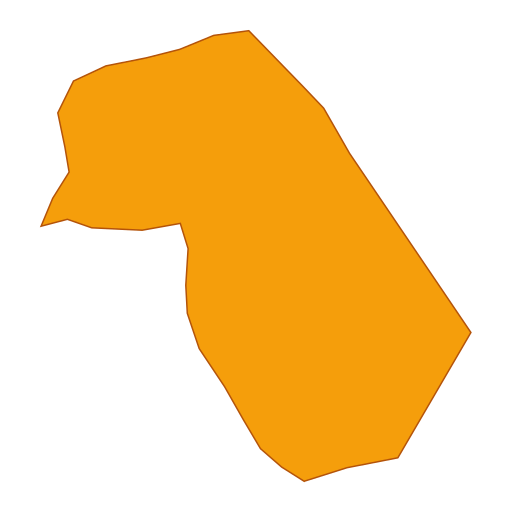 Kouh Est, Logone Oriental, Chad (Albers equal-area conic projection)
{"feature_id": "50815135B98764858098702", "entity_name": "Kouh Est", "entity_type": "district", "adm_level": 2, "iso_a3": "TCD", "parent_name": "Chad", "parent_adm1": "Logone Oriental", "projection": "albers", "projection_center": [17.009, 8.381], "detail": "fine", "context": "isolated", "style": "filled", "palette": "amber", "viewbox_px": 512, "rotation_deg": 0, "n_neighbors": 0, "source": "geoboundaries", "source_scale": "gbopen_adm2", "svg_char_len": 535}
<svg xmlns="http://www.w3.org/2000/svg" viewBox="0 0 512 512"><path d="M73.5,81.0L57.8,112.9L64.9,147.0L69.1,172.1L52.7,198.3L41.1,226.2L67.4,219.3L91.7,227.8L142.2,230.2L180.3,223.4L188.1,248.6L185.8,285.3L187.3,313.3L199.2,348.6L224.6,386.7L243.3,419.6L260.5,448.7L281.7,467.1L304.2,481.3L304.3,481.2L347.0,467.7L397.8,457.8L397.9,457.7L428.4,405.4L470.9,332.5L349.5,153.3L336.3,130.2L323.7,108.2L303.3,86.8L248.8,30.7L213.7,35.4L179.6,49.4L146.1,57.9L105.9,65.9L73.5,81.0Z" fill="#f59e0b" stroke="#b45309" stroke-width="1.5"/></svg>